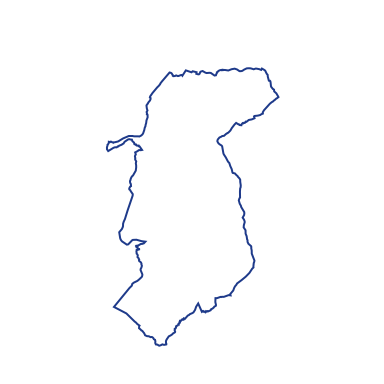 Homorod, Brasov, Romania (Natural Earth projection), rotated 130°
{"feature_id": "2599482B44923820513317", "entity_name": "Homorod", "entity_type": "district", "adm_level": 2, "iso_a3": "ROU", "parent_name": "Romania", "parent_adm1": "Brasov", "projection": "natural_earth1", "projection_center": [25.353, 46.075], "detail": "fine", "context": "isolated", "style": "outline", "palette": "blue", "viewbox_px": 384, "rotation_deg": 130, "n_neighbors": 0, "source": "geoboundaries", "source_scale": "gbopen_adm2", "svg_char_len": 6073}
<svg xmlns="http://www.w3.org/2000/svg" viewBox="0 0 384 384"><g transform="rotate(130 192 192)"><path d="M214.5,282.5L208.5,280.5L207.2,279.7L206.2,278.4L204.8,278.2L204.5,277.7L203.4,277.6L200.9,276.2L199.9,276.1L199.0,275.6L196.8,275.9L192.7,274.7L191.8,273.9L191.2,272.6L190.5,271.7L191.4,270.3L191.4,268.1L192.3,267.1L192.4,266.8L192.1,266.1L191.7,265.8L191.8,265.6L191.7,265.3L192.0,265.0L192.0,264.4L191.9,264.1L191.0,263.1L191.2,262.6L190.9,262.4L191.2,262.1L190.8,261.4L191.9,257.3L192.9,258.1L193.9,259.5L194.7,259.8L195.5,259.9L198.2,261.0L198.9,259.8L199.5,259.1L200.4,259.1L201.4,258.6L202.6,257.1L203.3,256.8L203.8,256.1L204.4,254.4L206.1,253.5L207.5,251.9L209.0,250.6L211.8,248.8L217.3,247.8L218.2,248.0L219.7,247.9L221.6,247.3L222.4,246.8L223.1,246.7L224.0,246.1L224.8,245.1L225.2,244.0L226.7,242.5L227.6,242.8L229.2,242.5L230.0,242.1L230.3,241.6L230.3,240.5L230.8,239.3L231.7,236.0L233.0,235.1L247.7,229.4L255.8,226.0L258.7,225.2L260.6,224.4L262.5,222.9L263.6,222.4L265.5,221.9L269.6,221.9L273.5,217.4L274.2,216.2L274.6,215.0L274.8,213.8L274.2,208.1L273.1,207.2L267.3,206.8L266.7,206.5L264.3,203.9L262.0,198.9L260.0,195.8L262.3,195.9L263.9,196.9L264.7,197.8L267.5,198.8L268.8,199.9L268.9,199.4L269.4,199.5L269.3,198.9L269.8,199.0L269.8,197.5L270.2,196.7L269.9,196.6L269.8,196.1L269.3,195.2L271.5,196.6L271.9,197.2L273.6,196.1L273.9,195.6L274.8,194.8L274.9,193.9L275.3,192.9L276.9,191.9L277.1,190.1L277.6,189.6L277.7,189.0L278.6,188.5L278.9,187.8L278.7,186.4L278.9,185.5L279.4,184.6L280.0,184.2L280.6,183.1L281.0,182.8L282.6,182.1L283.8,181.9L284.8,181.3L287.0,177.1L287.8,176.5L288.8,176.0L289.6,175.9L293.0,176.3L295.2,176.7L298.8,178.3L300.7,178.7L302.5,177.9L305.8,178.2L330.2,177.9L327.2,164.2L328.1,152.7L328.0,150.9L328.3,149.2L328.1,146.4L328.5,146.4L330.4,145.0L330.4,142.9L330.6,141.7L330.3,140.9L330.8,138.6L330.9,137.9L331.9,135.8L331.3,133.7L330.3,132.4L329.8,130.4L329.0,129.7L328.7,129.0L328.8,127.6L329.3,126.6L329.0,125.3L329.9,124.1L331.3,123.1L332.0,121.7L331.1,120.3L331.0,118.9L330.7,118.2L329.0,117.2L327.8,116.8L327.3,115.6L326.9,115.0L325.3,113.7L324.9,113.9L324.4,114.8L323.0,116.1L321.4,116.6L317.5,117.0L315.7,116.2L313.6,115.6L312.8,115.7L310.5,114.9L310.0,115.0L309.6,115.4L309.2,116.3L307.9,117.3L307.6,117.2L307.4,116.9L307.0,116.9L306.2,117.1L305.9,117.4L305.3,117.5L305.1,117.8L304.8,117.6L304.3,117.7L303.6,117.2L302.6,117.3L302.2,116.9L301.6,117.6L300.9,117.3L300.4,117.3L300.0,117.8L299.8,117.7L299.8,117.4L299.4,117.5L299.1,118.1L298.3,118.5L297.9,118.2L298.0,117.9L297.9,117.7L296.4,117.6L296.1,117.3L295.7,117.6L295.3,117.3L295.3,116.8L294.4,117.0L294.4,116.5L294.1,116.6L294.1,116.4L293.5,116.2L293.5,115.9L289.4,115.8L288.0,115.2L286.9,115.1L284.6,113.9L283.3,113.5L280.3,113.9L277.2,115.1L273.4,115.6L277.4,107.5L276.5,107.4L276.5,106.7L275.8,106.5L276.0,105.7L275.5,105.2L275.6,104.3L275.4,104.2L275.2,104.2L274.8,104.6L274.2,104.7L274.0,104.1L273.2,103.5L273.3,103.0L270.6,101.7L269.4,102.0L268.3,101.4L266.6,101.1L265.4,101.2L264.0,100.6L263.2,100.9L261.3,103.4L258.2,105.8L257.2,104.6L254.0,102.7L253.7,102.1L253.0,101.7L252.3,100.7L251.5,100.0L247.4,97.6L246.4,96.0L245.6,97.1L240.9,97.1L238.5,98.0L236.7,98.4L234.3,98.4L233.2,98.7L227.7,97.4L222.3,96.4L217.1,96.0L212.0,96.6L210.3,96.4L209.6,97.1L206.8,99.0L205.4,99.5L204.4,100.1L200.8,106.6L198.5,108.6L196.8,110.7L196.1,111.1L195.5,111.9L195.4,115.5L194.5,117.4L193.2,118.5L192.9,119.3L190.7,121.8L189.5,124.1L186.9,126.4L185.9,129.7L184.0,131.0L181.3,132.2L180.6,132.9L179.7,134.5L179.1,136.7L176.1,137.3L174.7,138.2L173.8,139.1L171.9,144.6L171.1,145.7L170.3,147.9L168.3,150.8L166.3,151.6L165.4,151.6L160.9,155.5L158.3,157.4L157.1,157.8L155.5,159.0L153.3,161.5L151.6,163.0L151.1,164.3L150.8,166.7L150.5,167.3L150.5,168.8L150.2,171.1L151.2,173.1L150.7,174.1L150.2,174.6L148.9,176.4L147.6,179.2L145.8,182.1L145.6,183.9L143.8,188.3L142.7,191.9L142.2,192.8L137.6,198.3L137.4,199.3L137.7,201.3L137.7,203.0L137.2,204.4L136.9,205.1L136.4,205.5L135.2,206.0L132.6,206.0L131.0,205.2L129.7,204.8L128.4,203.6L125.5,203.2L124.9,202.9L124.0,202.8L123.7,202.5L122.8,202.3L120.2,202.1L117.5,202.6L112.9,202.8L110.7,202.6L110.4,200.3L110.0,199.7L110.2,198.7L109.1,197.1L108.4,197.5L106.7,197.5L106.6,196.9L105.6,196.7L105.2,196.0L103.6,196.1L103.3,195.4L100.3,194.8L98.0,192.9L95.3,191.5L94.2,193.1L93.5,192.9L91.2,190.7L89.3,189.3L87.6,188.8L86.4,188.1L85.5,189.0L83.2,189.4L74.4,189.1L72.1,188.7L70.4,188.1L69.4,188.1L68.6,187.8L66.2,187.5L65.4,187.1L63.7,186.8L62.2,190.8L62.1,193.7L60.9,194.9L60.9,195.7L61.1,196.2L60.5,199.0L60.2,199.5L57.4,202.4L56.8,203.2L56.7,203.8L57.2,204.3L57.3,204.7L54.9,208.1L53.6,209.4L53.4,210.8L52.0,213.9L52.0,214.9L52.5,217.8L54.0,217.5L54.7,219.5L56.1,222.0L56.6,222.6L58.3,223.6L59.6,226.6L60.9,228.3L62.2,229.6L64.9,230.8L66.8,231.3L68.0,232.2L68.9,233.3L69.2,236.3L70.1,238.6L72.5,240.6L75.6,242.3L77.4,245.3L78.9,246.8L78.5,246.9L78.6,247.1L80.6,248.8L82.3,249.6L83.2,249.5L84.3,249.9L85.1,249.3L86.1,249.2L87.2,248.7L88.3,249.6L88.7,254.1L89.5,255.3L91.5,257.3L92.0,258.6L92.5,261.6L94.0,262.6L94.6,262.8L96.6,262.2L97.5,262.4L98.1,263.3L98.7,264.7L97.3,265.5L99.1,269.1L100.6,269.3L102.8,274.9L109.1,274.1L108.9,274.8L109.3,275.5L111.8,276.9L112.3,277.4L112.9,279.1L114.1,279.6L115.3,280.8L115.3,281.5L114.7,282.0L114.6,282.7L114.2,283.8L114.3,284.8L114.9,286.0L126.6,286.1L129.3,286.0L129.9,285.7L132.3,285.7L134.1,285.9L141.5,285.9L145.7,285.5L146.7,285.0L146.6,284.2L147.4,283.5L148.9,283.0L151.5,283.0L152.5,282.7L152.8,282.8L153.5,282.6L154.7,282.6L155.1,282.4L157.1,280.2L158.2,278.5L159.9,278.2L160.4,277.5L160.5,277.2L161.5,276.5L161.3,275.9L161.5,275.6L163.3,274.0L166.4,272.9L168.7,271.4L170.6,270.6L171.4,270.0L173.2,269.5L175.2,268.4L178.6,267.1L179.9,267.0L181.4,267.2L183.3,268.0L183.8,268.8L186.3,271.8L186.9,272.7L187.2,273.4L189.7,276.4L195.2,279.2L200.8,281.1L203.9,283.4L204.3,283.9L204.8,284.0L204.7,284.4L205.2,285.1L205.5,286.5L205.8,286.7L206.4,286.8L207.0,288.0L208.1,287.2L209.3,287.0L210.1,287.1L210.5,286.7L212.4,285.9L213.9,284.6L214.5,282.5Z" fill="none" stroke="#1e3a8a" stroke-width="2"/></g></svg>